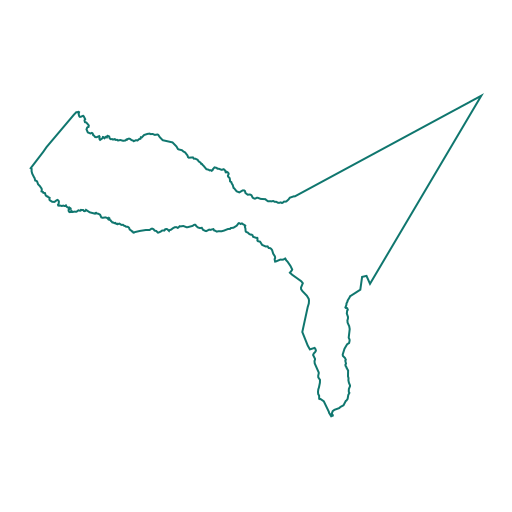 the district of Cental Imenti, Eastern, Kenya, rotated 180°
{"feature_id": "3690345B53474417583970", "entity_name": "Cental Imenti", "entity_type": "district", "adm_level": 2, "iso_a3": "KEN", "parent_name": "Kenya", "parent_adm1": "Eastern", "projection": "natural_earth1", "projection_center": [37.683, 0.042], "detail": "fine", "context": "isolated", "style": "outline", "palette": "teal", "viewbox_px": 512, "rotation_deg": 180, "n_neighbors": 0, "source": "geoboundaries", "source_scale": "gbopen_adm2", "svg_char_len": 6147}
<svg xmlns="http://www.w3.org/2000/svg" viewBox="0 0 512 512"><g transform="rotate(180 256 256)"><path d="M30.7,416.3L217.2,315.6L218.1,315.7L222.2,314.3L223.4,312.6L225.5,310.7L226.1,310.4L228.0,310.4L229.4,309.2L230.1,309.0L231.2,309.6L232.6,309.2L233.9,309.2L235.8,310.2L237.3,310.2L238.8,311.0L240.8,310.6L241.5,310.8L243.9,310.7L245.7,311.9L246.6,312.8L251.3,313.1L254.2,314.2L255.0,314.3L256.8,313.4L257.6,313.4L259.3,314.3L260.5,316.7L261.1,317.1L262.1,317.5L264.3,317.3L265.4,318.1L266.6,319.1L267.0,320.9L267.9,321.6L269.3,321.6L272.7,319.6L275.4,320.7L277.8,323.7L278.4,324.0L279.3,327.1L280.2,328.4L280.7,329.9L281.9,330.6L282.2,333.2L282.5,334.1L283.9,335.4L284.1,336.3L283.4,337.9L283.4,338.6L284.2,339.6L285.2,340.2L285.5,339.7L286.3,339.7L286.9,341.5L288.0,342.6L288.7,342.8L289.2,342.4L290.5,342.2L293.0,343.2L294.6,343.3L295.3,344.1L297.5,344.6L299.0,342.9L299.2,342.2L300.3,341.2L301.1,341.8L302.4,341.6L303.5,342.3L305.6,342.8L308.7,346.5L309.3,346.9L310.0,348.0L310.8,348.1L311.4,349.3L313.3,350.6L314.4,352.2L316.7,353.3L318.2,353.3L319.1,354.6L323.2,354.3L324.0,354.9L324.5,356.5L326.9,359.6L328.6,360.5L330.1,361.8L333.4,362.6L334.1,363.0L335.5,365.5L339.5,369.6L349.3,371.8L352.2,374.8L353.8,377.2L354.5,377.5L357.2,377.1L359.3,378.0L361.7,377.9L362.3,378.4L364.5,378.1L367.9,377.0L370.3,374.5L371.2,374.7L371.6,373.2L372.9,372.9L374.5,371.5L376.0,371.8L378.3,370.8L379.1,371.5L380.5,371.9L381.8,373.0L383.0,373.4L384.5,372.9L385.1,372.2L385.6,372.5L386.6,371.5L388.9,371.2L391.7,372.0L394.0,371.5L394.6,372.1L396.6,372.1L397.0,372.8L397.6,372.9L399.0,372.4L399.7,372.9L401.5,372.9L402.5,374.0L402.8,375.5L404.4,376.2L405.1,375.6L405.1,374.6L405.9,374.6L406.4,375.0L407.5,373.8L408.5,374.9L409.1,375.0L409.5,373.8L411.9,372.1L412.4,372.7L412.6,373.7L412.4,375.2L412.8,375.9L415.4,374.8L416.8,374.9L418.1,376.5L418.8,376.8L419.1,378.0L419.6,378.8L420.2,379.1L421.5,378.5L424.2,379.6L425.5,382.6L424.9,384.3L424.4,384.8L423.5,385.0L423.2,386.4L423.6,387.1L425.7,389.5L427.0,389.8L427.5,391.4L427.3,392.2L426.8,392.8L428.3,395.7L428.9,396.2L431.3,395.2L432.3,395.2L432.8,395.9L433.4,398.1L432.9,399.8L433.5,400.2L435.0,399.7L435.7,399.8L438.1,397.3L465.4,365.0L468.8,360.1L481.3,343.8L480.4,343.2L480.4,340.7L479.8,338.4L477.9,334.6L477.4,333.9L476.8,331.5L475.5,331.1L474.9,330.5L473.9,327.7L472.2,326.0L470.4,323.4L470.2,322.1L470.5,320.6L469.0,320.0L468.7,319.2L467.0,318.9L466.5,317.1L466.0,316.3L465.3,315.7L464.5,315.7L464.0,315.0L462.4,314.2L462.6,312.6L462.3,311.8L459.8,310.2L457.5,310.1L455.4,311.7L454.5,312.1L453.8,311.6L453.3,311.0L453.1,310.2L453.4,308.0L454.0,307.3L453.8,306.5L453.1,306.3L451.5,306.4L450.2,306.0L448.7,306.4L447.6,306.0L446.9,306.0L446.1,306.6L445.6,305.6L444.8,304.9L443.8,304.3L442.8,304.6L442.2,304.0L441.6,303.8L441.3,303.2L442.9,302.8L443.4,302.2L443.4,301.2L443.0,300.4L442.5,299.9L440.9,300.0L441.0,300.8L440.4,301.0L439.4,300.0L437.4,300.4L435.9,300.2L435.0,300.6L433.6,301.7L432.3,301.3L431.5,301.3L431.1,302.1L428.6,301.9L428.1,301.0L427.3,300.8L426.5,301.2L426.0,302.1L422.3,299.7L417.0,298.3L416.6,299.0L415.9,299.2L415.2,298.5L413.8,298.3L411.9,297.3L410.7,294.6L409.3,294.2L406.6,294.6L404.7,294.0L403.8,292.9L403.1,294.1L402.6,293.7L402.4,292.2L401.3,291.6L401.0,290.9L400.5,290.6L399.6,289.5L398.9,289.6L397.5,288.8L396.7,289.1L395.7,288.1L394.9,288.3L394.5,287.8L392.6,288.4L390.6,287.1L389.0,287.2L387.8,286.2L386.9,286.0L386.0,285.3L384.3,285.2L383.5,284.7L382.9,284.1L382.3,282.5L380.5,281.2L380.1,280.6L379.5,280.6L378.8,279.5L378.2,279.3L377.2,279.9L371.9,281.1L366.2,282.0L362.4,282.0L360.7,283.2L359.9,283.4L358.5,282.8L357.4,281.4L355.7,281.0L354.2,279.4L353.6,279.4L351.3,280.4L350.0,281.4L348.5,281.6L347.8,281.4L347.3,281.8L347.0,282.6L346.2,282.9L345.4,283.0L344.6,282.7L343.0,281.1L342.7,281.8L341.0,282.3L338.9,283.9L337.1,284.8L335.4,284.8L334.3,284.1L333.7,284.4L332.3,285.8L331.4,285.6L328.7,286.0L325.2,284.7L324.4,284.8L319.4,286.1L318.2,287.0L317.3,287.3L316.6,287.2L315.6,285.8L314.0,284.5L312.0,283.9L310.2,284.2L309.0,282.2L306.5,281.0L305.7,280.9L302.8,282.4L301.8,282.1L298.6,282.9L297.8,281.5L296.8,281.3L295.3,280.4L293.3,280.8L290.6,280.7L288.0,281.4L284.0,283.0L281.9,283.1L281.3,283.9L278.5,284.3L275.3,286.3L273.4,288.8L272.6,288.8L271.4,288.0L270.1,288.6L268.9,287.7L267.3,286.9L266.7,286.2L267.1,285.7L267.1,285.0L266.6,283.6L266.4,280.9L265.9,280.1L264.2,279.4L262.6,277.9L261.1,277.3L260.4,277.4L259.5,276.8L258.9,275.2L255.7,274.1L254.7,274.1L254.5,273.3L254.6,271.4L254.0,270.8L251.9,270.3L249.9,267.1L246.3,265.5L244.4,265.6L243.3,264.0L241.7,263.8L240.8,263.1L239.9,261.9L238.8,258.3L237.2,255.8L236.9,254.8L236.9,253.8L237.4,252.9L236.9,250.4L236.2,250.5L231.7,252.4L229.7,252.3L228.5,252.5L226.8,253.5L226.3,252.8L225.9,251.8L224.5,250.4L221.5,246.0L219.8,242.5L220.2,241.6L222.1,239.3L219.9,237.3L210.7,230.7L209.2,228.8L211.0,224.4L210.9,222.8L209.6,220.9L205.1,216.2L203.3,213.2L203.0,211.4L203.2,208.5L204.3,204.9L209.7,180.0L204.3,166.5L202.1,162.6L197.4,164.1L196.5,162.8L196.1,161.3L196.9,159.9L198.2,158.6L198.9,157.0L197.0,153.2L197.0,152.4L197.5,151.0L197.3,148.6L193.4,139.8L193.2,139.0L193.8,136.2L193.7,134.6L192.0,132.1L192.1,129.2L193.1,124.4L193.7,122.7L194.0,120.1L193.8,117.9L192.9,116.4L192.8,113.2L192.1,112.9L191.5,113.0L188.2,110.7L183.1,100.1L183.0,99.3L180.8,95.7L179.2,96.4L179.3,97.1L180.3,98.1L179.3,100.9L177.5,102.2L172.8,103.9L171.5,105.1L168.5,106.7L166.2,111.1L165.6,111.4L164.4,113.1L163.7,117.1L162.6,119.1L163.2,120.1L163.2,121.9L163.1,123.1L162.0,125.8L162.0,126.6L163.1,129.3L163.6,131.7L163.5,133.9L164.0,135.7L163.9,141.6L164.7,142.7L164.9,143.6L165.6,144.3L165.8,145.4L166.5,146.2L166.6,147.3L166.0,148.3L166.7,151.3L166.2,152.2L167.0,154.0L169.1,156.1L169.3,157.5L167.5,163.3L164.9,167.7L162.9,169.0L162.4,171.3L162.5,172.7L163.0,173.5L163.3,174.4L162.3,182.9L162.8,185.8L164.4,189.3L164.6,191.6L164.1,193.2L164.0,195.0L165.2,198.5L164.8,201.5L164.2,202.2L164.8,203.8L165.4,204.1L166.1,204.0L166.6,204.5L165.6,207.2L165.5,208.6L164.5,210.5L164.4,211.4L162.3,214.8L162.0,215.7L151.7,222.3L149.9,235.1L145.5,236.1L142.0,228.2L30.7,416.3Z" fill="none" stroke="#0f766e" stroke-width="2"/></g></svg>